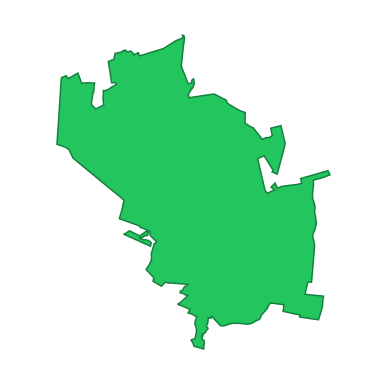 outline of Pedro Escobedo, Querétaro, Mexico, rotated 96°
{"feature_id": "50627088B87937870701268", "entity_name": "Pedro Escobedo", "entity_type": "district", "adm_level": 2, "iso_a3": "MEX", "parent_name": "Mexico", "parent_adm1": "Querétaro", "projection": "mercator", "projection_center": [-100.153, 20.469], "detail": "fine", "context": "isolated", "style": "filled", "palette": "green", "viewbox_px": 384, "rotation_deg": 96, "n_neighbors": 0, "source": "geoboundaries", "source_scale": "gbopen_adm2", "svg_char_len": 5818}
<svg xmlns="http://www.w3.org/2000/svg" viewBox="0 0 384 384"><g transform="rotate(96 192 192)"><path d="M160.5,56.6L157.1,58.7L156.8,59.0L156.6,59.1L158.8,64.5L160.2,68.0L161.3,70.5L162.1,72.7L163.0,74.8L163.7,76.6L163.8,76.8L164.7,78.9L166.1,82.6L166.4,83.2L167.2,85.3L171.8,83.8L171.9,84.1L172.5,85.5L173.0,86.8L173.4,87.8L173.9,90.2L176.8,102.3L177.3,103.9L179.3,107.2L174.4,110.4L179.0,113.8L181.2,110.1L184.6,115.7L185.5,116.5L183.2,119.4L151.9,130.2L148.5,124.0L162.1,113.5L163.6,114.4L165.4,109.2L142.6,105.5L138.7,104.9L134.1,104.4L133.7,104.5L116.8,110.5L120.3,120.3L127.4,118.1L129.8,120.8L130.1,123.6L130.2,123.9L132.3,127.5L128.9,130.8L121.6,138.0L120.9,140.7L120.7,141.1L117.9,146.5L107.4,147.3L107.0,148.9L106.6,151.1L105.9,153.2L104.4,156.9L100.5,165.2L100.2,165.6L99.4,166.4L99.0,166.6L97.3,167.5L97.1,167.5L92.2,180.3L98.6,205.0L97.5,205.1L95.5,205.8L94.2,205.4L93.2,205.0L91.5,203.9L89.5,203.6L89.2,202.5L88.2,202.7L87.8,201.9L83.8,201.0L81.4,201.7L80.8,201.7L79.3,202.4L81.1,204.0L83.3,203.6L84.8,207.1L68.0,215.8L52.6,215.8L44.6,215.7L44.0,215.6L42.5,215.6L39.3,215.6L37.3,216.5L37.0,217.9L39.5,217.0L40.9,219.5L42.4,222.3L43.3,223.9L52.7,236.0L53.4,237.9L54.8,241.2L57.0,246.5L59.6,252.3L62.0,258.1L61.5,258.8L61.2,258.9L61.0,259.3L60.2,259.4L59.7,259.5L59.1,259.9L59.1,260.2L59.2,260.4L59.6,260.7L59.8,261.0L60.3,261.6L60.9,263.2L61.9,264.1L60.4,264.8L60.0,265.5L59.2,266.3L58.6,267.2L58.4,267.3L58.2,268.1L58.6,269.0L59.3,269.8L59.6,270.4L59.2,271.1L59.3,271.3L59.1,271.8L58.9,272.0L58.0,272.5L58.1,273.7L58.4,273.5L58.7,273.9L58.5,274.6L58.7,275.2L58.9,275.7L59.5,276.2L60.1,276.3L60.3,276.7L60.4,277.4L60.7,278.5L61.2,279.7L61.5,281.3L62.2,282.9L68.6,283.7L68.9,285.2L70.1,286.9L70.9,288.9L75.9,287.5L83.1,285.6L84.6,285.2L88.6,284.2L91.8,283.4L91.3,279.5L91.3,279.0L92.7,278.3L93.5,279.3L93.9,279.9L95.7,282.3L96.8,283.7L97.4,284.4L99.0,286.3L100.3,288.9L100.3,289.8L100.3,290.7L108.9,290.2L112.4,289.4L114.6,288.8L116.0,290.9L116.6,291.9L117.7,293.7L118.7,295.2L118.7,295.4L118.8,295.5L119.5,296.5L115.2,301.4L114.4,301.3L110.7,301.1L109.0,301.1L107.2,301.0L105.9,301.0L103.2,300.9L103.4,300.3L102.3,300.3L100.4,300.2L99.3,300.2L97.7,300.6L97.3,300.5L96.1,300.3L93.7,300.3L93.9,301.0L94.2,302.2L94.0,305.1L94.3,306.9L94.4,307.7L95.1,312.8L95.2,313.2L85.6,318.0L92.1,326.8L89.5,329.4L91.9,333.7L97.4,333.7L123.3,332.6L158.7,331.3L160.5,323.4L162.5,318.9L170.7,313.9L192.4,281.2L204.7,262.4L207.4,258.7L211.9,259.4L213.8,259.5L216.6,259.7L218.9,260.1L219.2,260.2L226.1,261.5L226.7,259.1L226.8,258.6L226.9,258.3L227.4,256.2L228.2,253.1L228.3,252.6L228.5,251.8L228.7,250.9L228.9,250.3L229.3,248.5L230.0,245.7L230.1,245.2L230.6,243.3L230.6,243.0L230.9,242.2L231.4,240.1L232.3,240.2L234.7,232.1L241.1,239.3L237.1,250.1L241.2,255.1L250.3,227.7L247.2,227.2L246.4,227.5L244.8,230.1L244.3,233.2L244.7,234.7L244.3,236.7L243.9,237.4L243.6,239.2L242.9,239.1L242.6,239.1L242.3,236.2L241.4,235.3L240.9,234.9L240.4,234.2L240.0,232.1L239.7,231.6L239.3,231.5L238.8,231.6L238.1,231.3L235.2,231.1L236.0,229.6L238.7,229.4L239.7,228.8L240.1,228.3L242.1,226.0L244.7,222.5L245.4,221.9L246.4,223.0L247.7,224.3L249.8,224.6L251.3,224.9L256.0,225.7L257.9,226.0L261.2,225.4L263.2,225.4L265.1,225.7L268.2,226.7L269.4,227.1L272.2,228.9L274.0,229.5L281.2,221.1L284.9,221.4L285.0,221.1L288.9,212.5L285.0,209.6L284.5,208.4L285.2,205.5L284.7,204.4L284.7,204.2L284.3,186.4L287.4,189.7L287.8,190.0L290.7,191.2L291.8,193.3L293.7,193.1L293.6,192.0L293.6,191.4L293.6,191.2L294.9,188.1L295.1,187.3L295.1,185.2L295.3,185.1L303.2,192.1L304.9,194.3L305.6,193.6L305.6,192.6L308.9,181.7L312.7,183.3L313.6,178.7L314.9,176.4L315.4,174.1L319.6,175.3L323.4,175.4L325.7,173.9L327.4,173.5L330.3,172.9L332.5,173.2L335.0,173.4L336.2,173.6L336.7,173.7L337.1,173.8L337.2,174.0L337.4,174.2L337.5,174.3L337.9,174.7L337.9,174.8L338.1,175.0L338.3,175.3L338.4,175.6L338.5,176.0L338.9,176.9L339.0,177.0L339.1,177.4L339.2,177.5L341.3,176.0L342.0,175.4L345.2,173.9L345.6,171.5L346.9,163.8L347.0,163.3L346.6,164.1L346.2,164.2L342.5,164.0L340.9,163.9L339.7,164.3L338.4,164.6L338.2,164.7L337.7,165.7L337.2,166.8L336.9,166.9L335.8,166.8L334.3,166.3L334.2,167.2L333.8,167.3L333.5,167.1L333.1,166.5L333.1,166.1L332.7,166.1L332.6,166.5L332.3,166.6L332.0,166.4L331.9,165.7L331.4,165.0L331.2,164.8L330.9,164.4L330.3,164.0L328.5,163.3L327.8,162.9L327.5,162.5L327.1,162.3L326.9,162.1L326.6,161.9L326.3,161.8L325.8,161.9L324.9,162.8L324.5,163.3L324.0,163.6L323.7,163.6L320.9,162.6L320.3,162.6L315.8,162.6L315.6,162.7L315.2,162.8L315.4,162.3L315.6,160.1L314.3,159.9L314.2,159.9L314.0,159.6L313.9,159.6L313.5,159.5L321.5,150.3L322.1,149.5L322.0,148.9L322.0,148.6L321.6,146.1L321.0,144.6L320.7,143.6L319.5,141.3L319.1,140.0L319.0,139.8L318.3,138.2L318.3,137.9L318.2,137.7L318.2,136.1L318.1,135.3L318.0,133.8L317.9,133.6L317.9,133.3L317.6,131.6L317.5,131.4L317.7,130.1L317.7,129.8L317.7,127.8L317.7,126.6L317.8,124.4L317.7,123.3L317.3,121.7L317.1,120.8L316.0,118.2L314.1,115.8L312.9,114.0L312.6,113.2L311.3,111.4L309.1,110.5L307.5,110.3L307.4,110.3L307.0,110.2L306.3,109.4L299.3,104.6L299.1,104.9L299.0,105.0L296.4,103.7L294.1,102.3L294.4,101.8L294.2,101.2L294.5,88.9L298.2,88.8L298.6,88.8L301.1,89.0L301.5,85.8L301.7,83.4L301.9,82.2L302.3,79.1L302.7,75.1L302.7,74.9L303.1,71.6L305.1,71.8L305.1,71.7L305.2,70.0L305.2,69.9L305.3,66.6L305.4,63.4L305.6,59.9L305.7,55.9L305.8,52.8L295.1,50.7L292.0,50.4L290.5,50.3L286.1,50.6L282.7,50.3L281.9,50.3L281.8,52.2L281.9,57.3L281.9,58.3L281.9,60.0L281.9,61.7L281.9,66.0L281.9,68.9L277.3,68.4L269.2,67.3L269.3,63.7L257.7,63.9L245.9,64.1L232.0,64.5L227.0,66.1L223.0,67.5L221.9,67.4L218.6,66.4L216.0,65.7L210.0,65.0L206.0,66.1L202.6,66.7L199.9,67.9L197.1,68.0L194.1,68.1L192.9,68.4L190.0,69.4L185.6,71.4L181.8,71.9L179.6,72.0L173.2,71.9L167.6,72.5L163.9,63.2L160.5,56.6Z" fill="#22c55e" stroke="#15803d" stroke-width="1.5"/></g></svg>